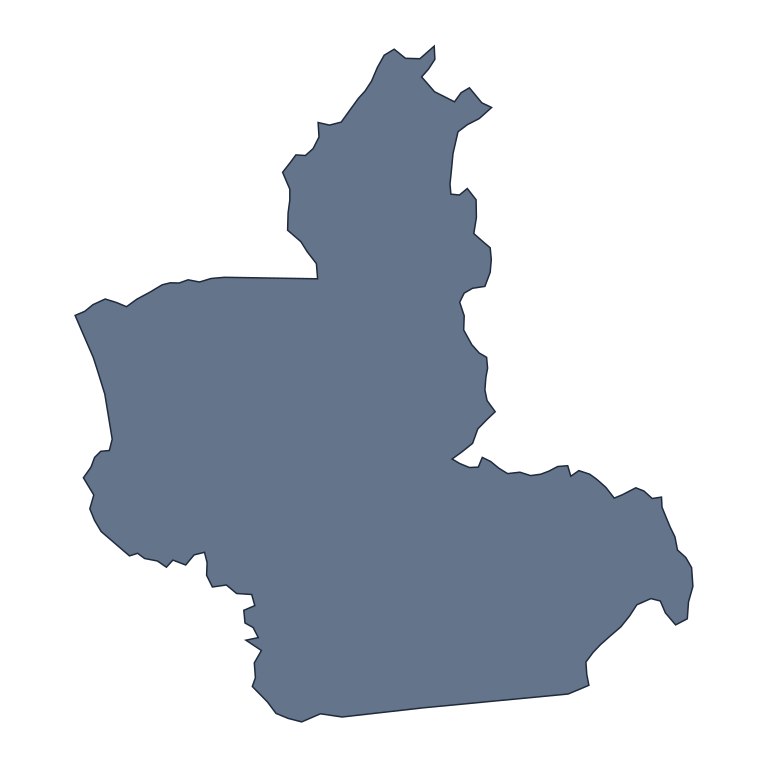 Segredo, Rio Grande do Sul, Brazil (Mercator projection)
{"feature_id": "56859067B17752705849385", "entity_name": "Segredo", "entity_type": "district", "adm_level": 2, "iso_a3": "BRA", "parent_name": "Brazil", "parent_adm1": "Rio Grande do Sul", "projection": "mercator", "projection_center": [-52.922, -29.293], "detail": "fine", "context": "isolated", "style": "filled", "palette": "slate", "viewbox_px": 768, "rotation_deg": 0, "n_neighbors": 0, "source": "geoboundaries", "source_scale": "gbopen_adm2", "svg_char_len": 2289}
<svg xmlns="http://www.w3.org/2000/svg" viewBox="0 0 768 768"><path d="M101.2,531.6L129.5,555.9L137.6,553.3L144.6,558.5L157.4,561.0L166.4,567.2L172.9,560.1L185.7,565.0L194.1,554.9L204.5,552.3L207.1,562.6L206.6,575.3L212.4,587.0L226.4,585.0L236.6,593.5L251.7,594.5L254.8,605.6L243.8,610.3L245.0,623.0L253.1,627.5L258.3,637.6L245.9,640.2L261.4,650.5L254.3,662.9L255.4,677.8L252.3,686.5L267.6,702.1L276.0,713.4L288.1,718.4L301.7,721.9L320.4,713.8L342.1,717.0L422.5,707.9L568.2,694.0L588.9,685.3L586.8,674.6L585.9,662.1L593.0,652.5L600.4,644.7L611.1,635.2L620.8,626.9L629.7,615.8L636.8,604.8L650.9,598.6L660.3,601.0L665.4,612.9L675.6,624.9L687.3,618.8L688.5,602.0L692.9,586.4L691.6,567.6L685.8,557.5L677.5,550.0L674.9,536.7L670.4,527.6L666.5,518.3L662.0,507.2L661.5,497.1L652.2,498.5L643.9,491.0L635.8,487.8L621.8,495.0L614.2,498.1L605.8,487.3L596.5,479.1L589.7,474.2L578.9,470.6L570.8,476.2L567.7,465.7L557.7,466.5L549.2,471.0L540.8,474.2L530.6,475.6L519.9,472.2L507.6,473.6L498.7,468.1L490.7,461.5L482.3,457.4L478.3,467.1L469.4,467.5L459.7,463.5L452.1,459.0L461.9,451.9L472.6,443.3L477.8,428.9L487.1,419.4L495.2,411.7L487.1,400.6L484.9,390.0L485.9,377.3L487.6,368.2L486.6,357.3L479.2,353.0L471.8,344.7L463.7,330.0L464.2,315.8L459.7,302.2L464.2,293.1L472.5,288.3L484.9,286.4L490.2,272.3L491.3,259.5L490.2,247.8L483.7,242.3L473.8,233.6L476.4,217.6L476.1,199.8L467.3,188.5L459.4,195.0L450.9,194.1L450.0,184.0L451.4,170.7L453.0,153.6L458.0,131.8L467.3,124.7L479.2,118.6L491.6,107.5L481.8,102.8L469.4,87.8L461.1,92.7L454.5,101.8L434.5,91.7L421.6,76.9L428.3,69.4L434.9,59.3L434.2,46.1L419.9,58.7L405.4,58.3L394.2,49.2L384.2,55.2L377.4,67.4L371.6,81.0L365.0,91.1L358.5,98.2L350.0,109.9L341.2,122.1L329.5,125.1L318.1,122.5L319.0,137.0L313.1,148.6L305.4,155.5L295.9,154.9L290.2,162.6L282.6,172.3L286.2,180.8L289.8,189.1L289.8,200.2L288.1,212.8L287.6,230.2L300.9,241.7L307.4,252.0L316.4,263.6L317.6,278.8L224.3,277.3L211.0,278.5L199.5,282.0L188.1,279.8L179.1,283.0L170.3,282.8L162.2,284.8L150.0,292.1L137.1,299.0L126.5,306.7L116.7,302.6L105.2,299.0L92.9,304.7L84.8,311.3L75.1,315.4L80.8,328.7L93.3,357.5L97.2,369.6L104.8,394.1L112.2,439.2L109.3,450.5L100.8,451.3L94.6,457.4L91.0,467.1L83.4,477.8L93.8,495.0L89.8,508.8L94.6,520.5L101.2,531.6Z" fill="#64748b" stroke="#1e293b" stroke-width="1.5"/></svg>